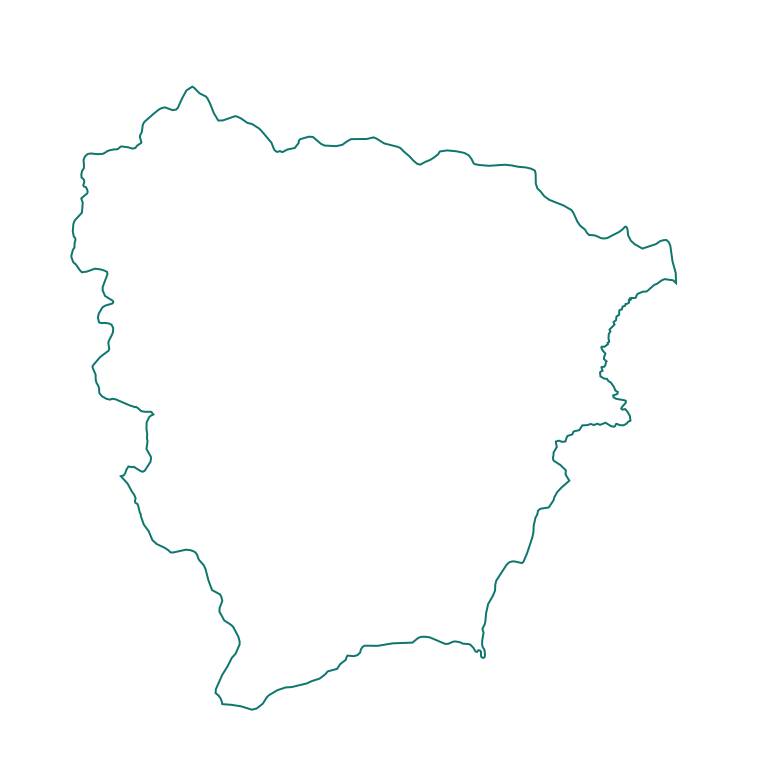 outline of Coromoro, Santander, Colombia, rotated 175°
{"feature_id": "7082276B92015443514121", "entity_name": "Coromoro", "entity_type": "district", "adm_level": 2, "iso_a3": "COL", "parent_name": "Colombia", "parent_adm1": "Santander", "projection": "mercator", "projection_center": [-73.011, 6.24], "detail": "fine", "context": "isolated", "style": "outline", "palette": "teal", "viewbox_px": 768, "rotation_deg": 175, "n_neighbors": 0, "source": "geoboundaries", "source_scale": "gbopen_adm2", "svg_char_len": 6135}
<svg xmlns="http://www.w3.org/2000/svg" viewBox="0 0 768 768"><g transform="rotate(175 384 384)"><path d="M669.4,595.3L668.3,590.8L670.0,581.0L677.8,573.9L679.5,570.5L680.7,563.4L680.2,558.0L678.9,556.2L678.8,554.6L680.0,551.1L680.5,546.8L682.2,544.8L684.3,539.0L684.3,537.5L683.1,532.9L682.1,531.4L680.6,530.1L677.1,523.9L675.2,521.6L670.0,521.9L662.0,524.1L657.3,523.1L653.1,521.6L650.1,519.8L649.9,517.5L655.8,505.1L656.1,501.7L654.2,496.0L646.9,490.5L646.6,488.9L647.8,487.8L654.8,486.4L657.8,484.9L662.1,478.8L663.2,475.1L662.5,470.3L660.4,469.3L656.8,469.2L652.8,468.3L650.3,466.8L648.9,463.5L649.4,459.6L650.4,457.3L654.6,450.6L655.1,448.4L654.6,443.1L655.6,441.1L664.3,435.7L672.5,427.7L672.9,425.9L670.5,418.5L670.8,413.7L670.4,410.4L668.9,407.4L668.2,404.4L668.4,400.5L668.0,399.1L666.0,396.3L661.6,393.3L658.2,392.3L656.1,393.0L652.4,392.0L639.1,384.8L634.4,382.8L633.0,382.7L631.7,381.9L628.3,378.2L624.4,377.1L618.9,376.7L618.1,376.3L616.4,373.7L618.5,373.0L620.7,371.6L623.8,366.5L624.6,359.7L624.2,355.3L624.9,350.5L624.5,347.6L626.3,340.0L622.6,331.9L622.7,329.6L623.5,326.7L630.0,318.4L632.1,317.6L634.2,318.6L640.5,323.3L642.2,323.1L645.8,324.1L648.2,320.9L649.4,318.0L651.1,315.7L654.2,315.1L648.1,307.1L644.2,298.1L642.6,295.7L641.4,291.7L642.4,289.0L642.1,287.5L640.1,285.9L639.5,284.3L638.5,277.2L637.6,275.4L637.8,273.8L635.5,264.8L631.3,257.9L628.3,248.6L624.3,244.3L616.4,239.7L613.2,237.1L611.4,234.9L609.0,234.5L595.7,236.2L591.6,235.4L588.8,234.2L586.6,232.7L585.2,230.5L583.8,225.2L579.3,219.1L577.9,215.1L576.1,204.1L573.3,193.7L565.7,188.7L564.6,186.2L564.0,182.0L567.3,175.1L567.8,171.6L563.7,162.3L557.1,157.2L555.3,154.9L551.2,145.1L550.3,140.3L550.5,137.2L555.3,128.3L559.4,124.5L564.5,116.3L570.4,108.5L578.1,94.6L578.7,90.8L575.7,87.7L574.3,85.2L573.3,82.1L573.0,79.2L564.0,77.7L554.3,75.3L544.1,71.1L539.2,71.8L532.6,76.1L528.3,81.8L525.9,83.9L516.9,88.3L508.3,90.3L502.7,90.1L487.2,92.4L481.6,94.4L473.9,96.1L467.8,99.9L465.1,102.6L455.6,104.3L452.1,108.7L446.1,112.6L445.0,115.4L444.0,116.6L437.7,115.5L434.1,116.2L431.2,118.5L430.2,121.5L428.6,123.7L426.2,125.0L413.0,123.7L398.0,124.9L378.2,123.9L372.2,128.0L368.9,128.9L364.3,128.5L360.5,127.6L345.6,119.7L342.5,119.6L337.6,121.3L335.2,121.3L331.0,120.2L327.9,118.4L322.7,117.6L320.8,116.9L318.0,113.5L316.2,109.6L314.6,109.0L313.1,110.6L311.4,110.0L310.7,108.7L311.1,104.8L310.6,103.3L308.8,102.4L307.6,103.2L307.0,105.0L307.0,108.6L307.3,111.1L308.4,112.7L309.0,115.6L308.5,120.1L306.5,127.5L307.3,131.4L304.5,136.1L303.7,138.7L302.3,146.7L299.4,155.8L294.1,163.3L291.4,168.5L290.6,174.6L289.3,178.3L277.5,193.4L274.8,195.4L271.9,196.1L269.6,195.9L262.3,193.6L260.6,194.7L256.3,202.7L249.6,218.3L248.1,223.1L247.2,229.9L244.7,237.7L242.7,240.5L241.7,244.1L239.7,245.8L238.1,246.2L230.7,246.6L225.3,253.3L224.3,256.1L221.0,261.1L216.2,265.4L207.8,271.5L211.0,278.0L210.4,282.2L215.4,288.0L221.2,292.4L222.0,293.5L222.1,296.1L221.5,297.5L221.0,301.1L217.3,306.2L217.9,310.6L217.7,311.7L214.7,312.3L211.5,310.8L208.3,310.9L206.9,314.4L205.6,316.3L200.8,317.4L199.5,319.9L198.8,320.3L193.5,321.0L190.0,325.5L185.2,325.3L181.8,326.1L180.6,325.9L178.7,324.8L174.9,325.8L172.3,324.5L166.7,326.1L161.5,322.2L158.6,321.4L157.6,321.8L156.2,324.0L155.5,324.0L152.8,322.5L149.5,322.0L148.0,322.3L145.7,323.5L143.8,325.3L141.7,325.9L141.8,330.5L143.9,335.2L146.0,338.0L148.9,337.7L149.8,338.9L148.9,340.4L144.8,344.2L144.6,346.1L145.5,346.7L154.2,349.1L156.4,350.7L156.8,352.6L152.8,353.6L152.1,354.4L151.8,355.7L154.1,357.3L155.1,360.8L157.8,365.6L160.1,367.3L161.5,369.7L164.2,370.2L167.7,372.7L167.8,376.6L167.0,377.5L165.2,378.0L165.9,381.7L165.5,382.0L163.1,382.0L162.0,383.1L160.9,386.5L160.3,387.2L162.6,389.5L162.6,391.1L160.8,395.1L162.9,397.8L164.2,400.6L164.2,401.8L163.5,402.2L161.1,401.9L157.5,404.1L157.6,405.6L156.3,406.0L156.0,406.9L156.4,409.8L155.7,414.2L153.9,416.6L154.6,418.6L149.2,423.1L149.9,425.7L147.3,427.4L146.5,431.0L143.8,432.4L143.2,436.6L142.5,437.3L140.6,437.5L139.6,440.3L137.0,440.9L136.4,442.6L134.8,442.7L132.7,443.8L132.8,446.3L130.9,446.4L130.7,446.8L131.5,447.9L130.4,448.2L126.6,447.8L125.3,448.5L124.8,450.1L123.5,451.7L117.8,453.5L114.9,453.2L113.9,453.5L106.0,459.3L103.4,460.0L98.0,463.2L95.3,464.0L87.0,462.1L84.3,459.1L83.7,469.3L85.9,480.9L86.7,496.5L87.8,500.2L90.0,502.8L92.7,502.9L96.3,502.3L101.1,499.6L114.8,496.4L122.0,501.4L125.5,505.1L127.8,510.7L128.0,517.1L128.9,519.4L130.1,519.7L132.7,517.4L136.5,515.0L148.5,510.1L151.7,509.7L154.8,510.3L160.1,513.2L162.8,514.1L166.7,514.5L168.8,517.1L170.3,520.3L174.7,524.5L177.2,528.9L180.6,538.4L182.0,540.9L189.8,546.3L203.2,553.0L208.0,557.1L211.1,562.0L214.1,565.4L215.3,570.2L214.6,580.5L215.2,583.5L218.7,585.7L223.9,587.4L230.9,588.6L238.1,590.7L244.5,591.9L260.3,592.2L270.2,593.9L274.3,595.1L275.4,595.9L277.2,600.5L279.5,604.3L283.8,607.2L291.5,609.5L300.8,611.2L308.1,610.8L310.2,608.0L315.0,605.0L318.7,603.1L323.5,601.7L328.7,599.4L331.6,600.3L334.9,603.6L339.1,608.9L344.3,614.2L346.9,617.5L349.8,619.1L362.9,623.7L369.9,629.0L372.9,630.6L379.8,629.6L395.4,630.8L399.6,629.0L404.7,625.9L410.9,625.1L422.4,626.7L425.8,628.7L433.3,636.3L437.4,636.9L446.1,635.2L447.8,633.6L447.9,631.7L452.3,626.9L459.9,626.0L464.6,624.0L465.7,624.1L467.3,625.1L470.0,624.5L471.6,625.3L473.0,627.2L475.1,634.2L482.4,644.6L486.0,649.3L492.8,654.5L497.3,656.0L503.0,660.8L506.8,663.1L508.9,663.8L521.6,660.6L526.1,660.9L529.9,668.6L532.7,678.1L534.8,683.5L536.3,685.9L542.5,689.7L547.3,695.6L549.1,696.9L555.2,693.7L560.0,686.5L565.3,677.1L567.2,675.5L570.6,675.2L578.2,678.7L581.4,678.2L584.1,677.2L589.5,673.6L600.0,665.9L601.7,663.2L603.2,656.4L605.3,652.9L605.7,651.2L604.6,646.1L605.0,645.2L609.0,643.1L611.2,640.8L614.0,640.4L618.2,642.1L624.5,643.5L625.7,643.4L628.9,641.1L632.9,641.2L636.6,640.8L639.0,640.2L642.4,638.4L644.4,637.8L649.2,637.9L655.8,639.2L658.9,639.0L660.5,638.0L662.2,636.5L663.8,633.4L663.8,628.5L664.2,625.1L666.2,622.5L667.3,619.0L667.3,616.1L665.3,613.9L665.0,612.8L665.0,611.2L666.3,608.1L665.7,606.9L664.1,606.3L663.3,605.1L662.5,602.3L662.6,600.6L663.3,599.6L669.4,595.3Z" fill="none" stroke="#0f766e" stroke-width="2"/></g></svg>